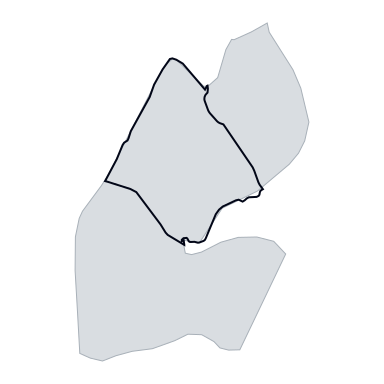 Djibouti, with Tadjourah highlighted
{"feature_id": "DJI-1571", "entity_name": "Tadjourah", "entity_type": "Region", "adm_level": 1, "iso_a3": "DJI", "parent_name": "Djibouti", "parent_adm1": "", "projection": "equal_earth", "projection_center": [42.622, 12.035], "detail": "fine", "context": "in_parent", "style": "outline", "palette": "ink", "viewbox_px": 384, "rotation_deg": 0, "n_neighbors": 0, "source": "natural_earth", "source_scale": "10m", "svg_char_len": 1733}
<svg xmlns="http://www.w3.org/2000/svg" viewBox="0 0 384 384"><path d="M285.7,254.0L273.4,279.7L257.7,312.5L239.8,349.8L228.6,350.1L219.9,347.9L214.0,341.6L201.7,334.7L187.9,334.2L174.7,340.7L152.4,348.7L132.2,351.3L116.0,355.7L102.5,361.0L90.3,358.1L79.8,353.4L77.6,313.7L75.1,270.6L75.4,236.9L79.2,218.4L82.5,211.2L101.5,185.5L108.1,175.1L129.9,132.7L148.5,96.4L162.5,69.3L166.7,63.9L172.6,58.8L176.8,60.3L203.8,86.4L208.6,85.7L217.7,77.6L225.9,49.6L231.6,39.4L234.1,39.7L251.4,31.9L267.2,23.0L269.2,32.2L293.0,69.8L300.8,88.2L308.9,122.1L304.7,140.9L298.5,153.2L289.3,164.2L257.5,191.0L222.2,208.2L199.6,242.5L182.8,240.2L185.3,253.2L191.6,254.6L201.4,252.1L220.9,242.2L238.2,237.4L256.8,237.0L273.7,241.3L285.7,254.0Z" fill="#d9dde1" stroke="#a8b0b8" stroke-width="1"/><path d="M105.1,181.1L116.8,159.1L122.6,145.0L124.1,142.7L127.5,140.5L128.6,138.1L130.8,131.2L149.7,97.0L154.1,84.6L162.6,69.4L169.9,59.0L172.4,58.4L176.3,59.7L182.8,63.6L205.0,89.6L206.9,86.0L207.5,85.7L207.9,88.8L207.5,92.6L205.6,94.7L205.1,95.7L204.6,96.9L204.4,98.3L204.4,99.8L204.8,101.2L208.1,110.2L208.8,111.6L209.9,113.2L217.0,121.2L218.3,122.3L219.7,123.1L223.4,124.4L252.7,167.4L254.3,170.9L258.4,182.3L259.6,184.7L262.9,189.2L261.5,190.0L260.5,190.8L259.9,192.1L259.4,194.8L258.6,195.9L256.6,196.9L248.8,197.3L246.8,198.4L244.7,200.3L242.6,201.6L238.7,199.7L236.0,200.3L222.8,206.5L219.1,209.6L215.8,214.2L205.8,238.2L204.9,239.9L203.6,240.9L199.1,242.6L197.8,242.7L194.4,241.8L190.7,242.0L189.5,241.8L188.7,241.1L187.4,238.6L186.6,237.9L183.5,238.2L181.8,239.8L181.8,241.1L183.7,240.5L184.3,244.7L184.3,244.9L167.7,234.9L165.6,232.6L160.6,224.5L136.3,192.1L130.4,189.0L107.4,181.7L105.1,181.1Z" fill="none" stroke="#020617" stroke-width="2"/></svg>